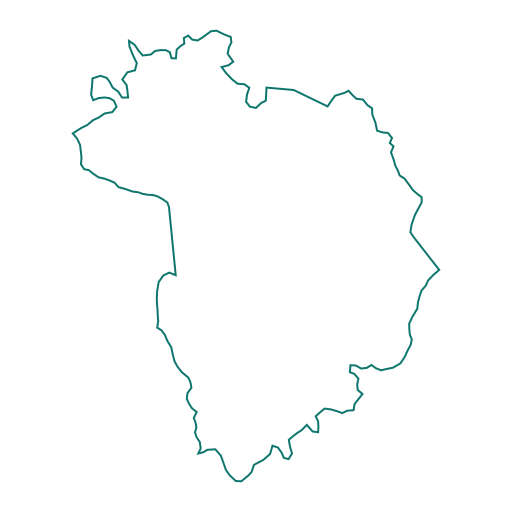 Xanxerê, Santa Catarina, Brazil
{"feature_id": "56859067B35284649743550", "entity_name": "Xanxerê", "entity_type": "district", "adm_level": 2, "iso_a3": "BRA", "parent_name": "Brazil", "parent_adm1": "Santa Catarina", "projection": "orthographic", "projection_center": [-52.422, -26.88], "detail": "fine", "context": "isolated", "style": "outline", "palette": "teal", "viewbox_px": 512, "rotation_deg": 0, "n_neighbors": 0, "source": "geoboundaries", "source_scale": "gbopen_adm2", "svg_char_len": 2946}
<svg xmlns="http://www.w3.org/2000/svg" viewBox="0 0 512 512"><path d="M251.6,472.0L254.0,464.8L263.2,460.0L270.1,454.0L272.5,445.7L278.0,447.6L281.8,453.0L283.8,457.8L288.6,459.1L292.0,453.5L290.0,446.6L288.8,439.8L293.1,436.1L297.2,433.0L301.3,430.4L306.9,424.9L312.6,431.5L318.1,432.2L318.4,426.8L318.1,421.2L315.7,416.3L319.6,412.7L324.6,408.6L330.8,409.4L337.3,411.3L342.3,413.1L347.2,410.7L353.6,410.2L354.6,404.0L358.4,399.2L362.5,394.0L357.7,390.0L357.2,384.4L358.4,378.7L354.4,373.9L349.8,372.2L350.5,365.2L355.8,365.5L361.1,368.5L366.7,367.9L371.4,365.0L375.9,368.2L381.0,370.3L386.1,369.1L393.0,367.7L400.4,363.4L404.6,357.1L407.7,350.4L410.7,344.8L411.8,339.4L409.9,334.8L409.3,329.4L409.2,323.5L412.4,316.8L417.3,308.7L418.0,302.2L419.3,297.1L421.5,290.6L425.8,285.6L428.1,280.4L433.2,275.1L439.2,269.9L413.8,237.3L410.4,232.3L411.4,225.4L413.3,219.6L415.0,214.9L418.6,208.0L421.7,202.4L421.7,197.2L417.4,194.0L412.8,190.0L409.3,185.0L404.5,178.6L399.6,175.4L398.0,170.8L395.3,165.7L393.7,159.8L391.0,152.3L393.5,146.3L389.8,143.0L392.0,138.0L387.9,132.9L382.8,132.5L377.1,130.7L375.4,122.6L372.3,114.5L372.1,108.3L367.5,105.2L362.9,99.5L356.4,98.8L352.3,94.9L348.6,90.8L344.6,92.8L335.1,95.7L331.2,101.0L327.6,106.4L293.7,90.0L266.5,87.6L265.8,100.7L261.3,102.9L256.0,107.9L249.9,106.7L246.1,101.8L247.0,94.5L249.3,87.8L244.4,84.3L237.5,83.7L231.7,79.0L226.0,73.0L221.6,67.0L228.6,65.2L233.2,61.7L227.6,53.6L229.0,47.1L231.4,42.4L230.7,36.9L225.5,35.0L221.4,33.1L216.6,30.7L211.1,31.2L206.9,34.2L202.6,37.4L197.6,40.5L192.2,39.6L188.2,35.6L183.9,38.0L184.3,43.6L180.4,46.2L176.7,49.6L175.9,58.4L171.5,58.2L169.8,52.2L165.6,50.1L160.6,50.1L155.0,51.0L150.9,54.5L142.7,55.5L138.8,51.0L134.6,44.8L129.0,40.9L129.5,46.7L133.1,55.5L136.8,63.1L135.0,70.3L127.4,72.3L122.3,79.5L126.6,85.1L127.4,90.8L128.1,97.5L122.1,97.6L118.2,91.6L112.7,87.6L109.6,81.7L106.7,77.9L100.4,75.8L92.5,78.4L92.0,86.3L91.1,94.6L93.2,100.2L98.6,98.1L104.5,97.5L109.3,98.1L113.8,100.7L116.6,106.7L112.3,112.1L104.6,113.5L98.8,117.5L93.0,120.2L87.3,125.0L81.2,128.0L72.8,133.4L77.2,138.8L80.1,145.0L80.8,151.2L81.5,157.6L81.0,164.4L84.2,169.2L89.0,170.2L93.0,173.6L98.5,177.3L104.3,178.6L109.1,180.3L114.5,182.6L118.6,187.2L125.7,189.1L132.4,191.5L138.4,192.3L142.7,193.9L147.3,194.7L153.3,195.1L157.6,196.4L162.8,199.3L167.3,202.5L169.0,207.1L169.7,214.4L175.7,275.2L169.3,272.6L163.3,275.5L158.7,282.0L157.2,290.6L156.8,298.1L157.0,304.4L157.5,309.5L157.7,314.8L158.2,321.1L157.2,327.6L161.3,330.2L165.0,335.0L167.1,340.4L171.3,347.4L172.8,354.6L174.6,361.4L177.4,366.5L181.6,372.0L188.3,377.6L190.4,382.1L191.4,387.8L187.5,393.1L186.8,398.9L189.0,403.7L192.0,408.3L196.7,412.0L193.8,417.9L195.5,422.5L196.4,427.5L195.0,432.2L196.4,436.8L199.8,442.1L200.7,448.4L198.3,453.5L203.5,452.2L207.3,449.8L215.3,449.3L220.9,455.7L223.1,461.9L225.9,469.9L229.7,475.3L235.8,481.0L241.3,481.3L248.2,475.6L251.6,472.0Z" fill="none" stroke="#0f766e" stroke-width="2"/></svg>